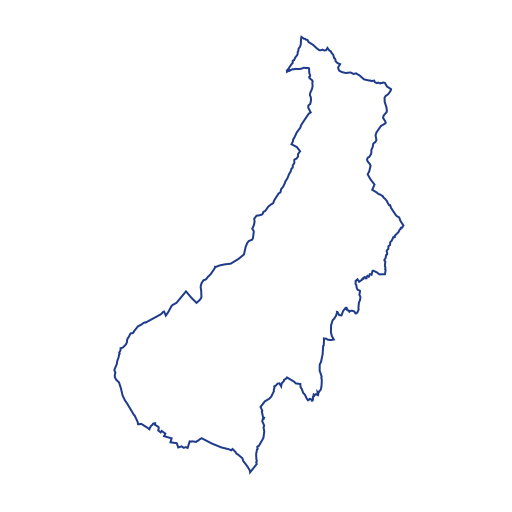 Stremt, Alba, Romania, rotated 86°
{"feature_id": "2599482B49983033782323", "entity_name": "Stremt", "entity_type": "district", "adm_level": 2, "iso_a3": "ROU", "parent_name": "Romania", "parent_adm1": "Alba", "projection": "equal_earth", "projection_center": [23.586, 46.252], "detail": "fine", "context": "isolated", "style": "outline", "palette": "blue", "viewbox_px": 512, "rotation_deg": 86, "n_neighbors": 0, "source": "geoboundaries", "source_scale": "gbopen_adm2", "svg_char_len": 6073}
<svg xmlns="http://www.w3.org/2000/svg" viewBox="0 0 512 512"><g transform="rotate(86 256 256)"><path d="M471.4,277.0L463.6,269.8L461.8,270.2L460.7,269.5L458.3,269.8L453.7,269.7L449.1,268.5L448.6,267.8L446.3,268.0L445.5,266.3L438.0,261.3L431.7,260.0L427.5,260.4L425.6,259.7L421.2,261.3L419.3,260.7L419.2,259.8L417.9,259.2L417.6,260.2L411.5,261.0L410.9,260.5L406.9,262.0L401.6,257.3L399.4,252.9L397.5,250.7L392.1,247.6L390.4,247.5L388.9,246.8L387.3,246.9L387.0,245.7L384.8,243.3L384.7,241.5L387.8,240.0L385.0,239.3L382.6,236.9L381.5,236.7L380.6,234.7L379.3,233.6L384.0,226.8L385.9,225.1L386.8,220.7L389.9,220.7L391.8,219.6L395.9,218.5L397.7,216.9L401.2,215.6L403.6,214.2L403.6,213.7L402.3,212.6L402.5,211.5L403.2,210.7L404.3,210.3L404.2,209.7L403.3,209.2L400.6,209.1L400.1,208.1L399.3,208.4L398.1,208.1L398.8,207.1L398.0,205.9L399.2,203.9L398.3,203.5L396.9,204.1L396.2,204.1L396.7,203.8L396.4,202.8L395.5,202.5L394.5,201.2L393.0,200.4L389.5,199.6L384.4,199.0L381.7,199.3L380.9,198.9L374.9,200.5L368.6,200.0L366.4,198.6L358.7,196.4L350.5,195.3L349.9,194.7L345.4,194.1L343.0,194.0L343.3,192.0L344.5,190.2L345.1,187.1L344.7,184.2L341.2,185.9L337.4,186.6L330.2,185.9L325.4,184.0L324.1,182.5L321.0,180.2L319.5,179.8L318.7,179.0L317.4,179.1L317.5,178.7L320.8,177.1L321.2,174.9L316.9,172.9L314.1,170.3L314.3,170.1L314.0,169.5L314.3,169.2L314.5,169.6L314.9,169.3L315.3,169.7L316.7,168.2L316.7,167.5L318.1,166.8L317.4,165.8L317.2,164.1L318.3,161.7L320.2,160.8L320.2,159.8L319.5,158.9L316.7,157.4L314.6,157.4L309.8,156.6L307.1,155.3L305.0,154.8L303.8,154.8L301.9,155.6L298.2,154.6L297.7,155.0L296.8,157.0L294.7,157.8L292.0,157.9L291.3,158.5L289.9,158.6L288.8,158.3L287.9,158.4L286.3,156.4L288.9,155.0L286.6,151.1L286.1,151.4L284.6,149.2L284.9,148.8L284.9,148.1L285.9,148.3L285.9,147.3L284.8,147.2L283.6,146.2L284.6,144.9L284.5,144.7L282.1,143.8L282.3,142.3L282.6,142.0L279.0,140.8L278.8,140.0L280.9,136.4L282.9,134.3L283.2,128.6L279.1,127.7L278.2,128.1L276.9,127.7L274.6,128.1L270.5,127.4L269.6,128.2L268.8,128.2L267.0,126.8L264.2,126.2L263.7,125.3L263.2,124.9L260.2,125.3L259.6,125.1L258.1,123.5L255.5,123.2L254.3,121.5L251.7,121.2L250.1,119.5L246.8,117.7L247.0,116.7L246.8,116.2L245.4,116.1L242.1,112.2L239.7,110.8L239.0,109.7L238.2,109.7L237.9,109.4L238.0,108.4L235.9,106.8L231.2,109.4L227.5,110.5L226.1,112.7L224.7,113.8L217.3,118.0L214.7,118.6L214.7,119.6L212.1,121.0L210.6,121.4L207.9,123.3L206.3,125.0L205.3,125.2L203.2,128.1L202.8,129.3L200.8,131.5L198.1,135.4L193.0,132.8L187.6,136.4L182.3,138.9L179.4,137.1L173.9,135.4L172.1,136.1L169.3,138.1L167.7,138.5L167.0,138.3L165.6,137.5L165.1,136.1L162.4,134.2L160.4,133.6L158.5,133.6L155.4,132.0L152.0,131.1L150.7,129.1L149.4,128.1L148.8,127.8L143.8,128.3L141.1,127.2L135.0,122.3L133.0,118.2L132.2,117.3L130.8,117.6L127.1,119.6L124.8,118.9L121.6,115.7L120.5,115.3L116.9,115.5L111.2,116.9L107.0,116.7L105.3,115.4L103.9,113.0L102.9,112.0L100.2,110.0L99.0,109.6L96.1,113.5L92.4,115.3L92.2,115.8L91.8,117.0L92.3,118.3L92.2,119.8L92.5,120.2L91.6,121.9L91.9,123.4L90.9,125.3L89.3,125.9L89.5,129.0L89.0,129.5L88.8,131.1L87.3,136.0L83.2,140.0L80.8,143.5L81.2,146.0L79.5,148.9L79.7,153.7L78.6,157.2L77.2,159.8L75.4,160.7L73.6,160.9L70.5,158.7L69.2,161.3L67.2,163.0L65.5,163.1L64.6,163.4L64.2,164.2L60.6,165.0L58.4,166.6L56.9,167.2L56.3,168.4L53.4,170.2L55.6,171.7L55.7,173.6L54.8,175.3L55.3,177.4L55.0,178.7L52.7,181.2L49.2,184.5L46.3,188.6L44.1,189.5L43.5,191.4L42.8,191.8L42.6,193.1L40.6,195.4L42.5,195.9L48.2,196.6L50.6,197.7L52.2,199.1L54.6,199.5L55.3,200.1L57.4,200.4L58.7,201.1L60.8,203.1L63.1,204.2L63.8,205.7L66.1,206.0L67.2,207.3L70.4,209.8L71.6,210.3L72.0,211.2L73.2,212.3L74.4,212.2L73.9,211.4L73.6,209.5L73.0,209.2L72.9,208.0L72.2,206.6L72.4,205.7L72.1,203.6L72.5,199.9L72.3,197.3L71.5,195.3L72.0,192.7L72.0,191.0L72.5,190.0L77.0,190.1L79.8,189.4L80.7,189.7L81.2,190.5L82.3,190.2L84.9,187.5L85.9,187.3L86.7,187.7L90.6,187.7L93.3,188.5L97.0,190.5L99.3,191.0L101.3,190.3L104.4,190.2L108.1,191.3L109.5,193.2L110.9,193.5L111.8,193.5L116.6,191.4L117.7,193.5L127.0,200.7L128.9,202.0L131.0,202.8L135.4,206.6L140.6,209.5L142.1,210.7L144.3,211.2L147.0,212.8L150.1,207.7L154.6,204.7L157.3,207.0L159.5,207.1L160.3,207.6L161.7,208.9L162.3,210.5L162.8,211.1L166.0,211.3L168.2,213.0L170.4,213.2L171.3,214.5L174.3,215.6L176.4,217.2L180.4,219.1L184.0,221.7L185.3,222.1L188.9,224.2L191.0,226.2L194.2,227.2L195.2,229.1L202.1,234.2L204.5,235.1L205.6,237.4L207.6,240.3L211.7,243.6L212.4,245.5L214.3,246.3L215.1,247.2L215.7,249.9L215.8,252.6L218.7,255.2L221.6,255.0L223.4,255.5L225.2,256.0L228.5,257.8L230.9,256.6L231.9,256.6L237.6,257.7L239.4,258.6L240.6,262.2L242.5,263.9L246.2,265.7L253.6,267.9L257.8,273.8L261.9,281.8L262.2,288.1L262.9,293.0L264.1,296.8L263.9,297.6L265.3,298.0L271.1,302.6L273.3,305.3L275.7,307.4L276.2,308.5L276.5,310.1L279.4,312.3L282.9,313.4L287.3,313.1L293.3,313.3L294.7,314.1L296.3,315.6L298.6,318.6L293.1,323.4L286.4,328.3L297.2,338.6L299.1,342.7L300.2,343.9L305.6,347.3L309.2,350.1L305.0,351.6L305.5,352.8L307.2,354.5L307.8,355.6L314.7,370.7L314.4,371.1L314.9,372.8L316.4,375.1L317.9,378.6L322.8,383.2L323.5,383.3L324.1,384.0L324.5,384.9L324.3,386.0L324.7,386.7L328.4,388.9L329.2,389.8L331.4,390.6L332.9,390.7L335.2,392.0L338.0,395.1L338.6,397.6L340.0,397.6L341.5,398.2L342.7,399.2L344.0,398.8L344.5,399.4L347.1,400.0L351.0,401.7L354.1,402.4L359.4,405.1L360.2,405.2L362.5,404.4L364.8,405.2L367.1,405.2L369.6,404.2L372.5,401.5L378.5,400.0L385.9,398.8L390.9,396.8L394.4,394.7L406.0,388.9L406.6,388.2L413.4,385.6L415.6,385.4L415.5,382.1L419.8,376.2L421.4,374.4L420.0,373.8L418.0,372.4L417.2,371.1L416.0,370.3L415.8,368.3L417.3,368.6L419.7,365.2L421.0,365.0L423.2,365.7L425.3,363.4L423.9,362.3L426.9,358.8L429.3,360.3L432.0,352.9L435.9,354.3L437.2,348.1L441.6,346.9L440.7,343.5L442.3,341.5L441.8,339.4L442.7,337.6L436.3,335.1L436.7,333.5L436.4,332.8L437.3,328.6L436.5,327.7L436.1,326.4L435.1,325.3L434.0,322.9L439.9,313.3L444.6,303.8L446.8,296.8L448.1,294.2L446.9,292.9L450.1,290.1L451.7,289.4L453.1,287.5L456.8,283.7L459.6,283.0L465.4,279.2L469.6,277.1L471.4,277.0Z" fill="none" stroke="#1e3a8a" stroke-width="2"/></g></svg>